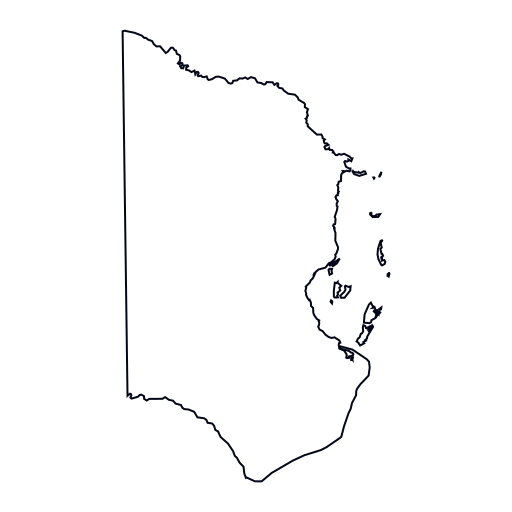 Patagones, Buenos Aires, Argentina (orthographic projection)
{"feature_id": "61730980B24175536898784", "entity_name": "Patagones", "entity_type": "district", "adm_level": 2, "iso_a3": "ARG", "parent_name": "Argentina", "parent_adm1": "Buenos Aires", "projection": "orthographic", "projection_center": [-62.373, -40.182], "detail": "fine", "context": "isolated", "style": "outline", "palette": "ink", "viewbox_px": 512, "rotation_deg": 0, "n_neighbors": 0, "source": "geoboundaries", "source_scale": "gbopen_adm2", "svg_char_len": 6063}
<svg xmlns="http://www.w3.org/2000/svg" viewBox="0 0 512 512"><path d="M122.6,31.3L127.5,395.8L130.0,393.7L130.8,393.9L131.4,395.4L130.4,397.5L131.6,398.6L138.0,396.7L139.7,395.0L141.4,394.7L144.0,396.2L144.1,398.8L146.7,400.5L149.3,398.9L162.4,398.8L165.1,397.1L168.9,399.8L173.0,400.7L175.6,403.6L180.9,405.0L182.5,407.9L184.3,409.1L188.5,409.5L194.2,411.8L197.4,417.3L204.2,418.3L206.4,419.9L207.6,422.8L212.2,423.5L214.1,425.8L215.3,429.9L218.0,431.4L220.6,437.0L228.0,443.6L233.1,451.2L234.8,455.8L237.0,457.9L239.6,462.7L243.5,466.7L244.3,473.5L245.9,477.8L246.4,477.4L254.9,481.3L261.7,481.3L271.7,472.9L293.0,460.5L304.5,455.2L320.8,450.1L326.5,447.2L340.1,437.8L341.3,436.8L344.0,426.4L348.6,413.0L350.7,408.8L352.0,403.0L356.1,395.2L356.2,391.3L357.0,388.9L360.4,384.2L368.6,375.6L369.7,367.6L369.0,361.7L366.7,359.2L352.5,349.6L339.8,346.2L340.2,348.6L348.9,350.9L351.2,352.7L352.5,352.8L353.4,354.2L352.5,356.2L353.1,357.5L352.4,358.5L352.5,359.6L351.8,358.6L351.9,359.9L351.2,360.0L351.1,358.5L351.7,357.6L350.8,356.6L351.1,355.9L348.9,356.5L349.0,357.8L347.0,358.1L346.2,357.6L346.8,355.2L346.1,353.5L344.0,350.5L339.3,348.6L338.7,344.6L339.0,343.2L340.3,342.7L339.4,340.5L334.5,337.3L331.6,338.0L328.5,336.9L325.4,334.6L322.5,331.0L319.6,329.7L318.2,326.5L319.1,324.8L319.2,322.3L318.7,321.2L319.2,320.4L316.7,318.8L314.0,314.9L313.3,312.5L313.1,308.0L311.0,305.8L310.9,302.5L309.7,299.8L309.1,300.2L307.6,298.2L306.0,294.7L306.2,293.5L305.4,291.0L306.2,287.5L305.7,286.6L309.9,282.5L310.6,280.5L312.7,278.5L314.8,274.2L313.8,274.4L314.2,273.3L318.5,269.5L325.5,267.6L328.4,263.8L329.1,264.0L329.3,262.9L330.9,262.5L334.5,259.3L335.7,256.6L335.2,254.8L336.4,253.4L338.0,248.9L338.0,247.2L335.3,240.7L335.5,232.9L334.6,230.6L334.6,228.2L334.0,228.3L334.1,227.0L333.1,225.8L333.6,224.4L335.0,224.2L335.3,223.0L335.5,218.5L334.7,216.9L337.0,210.1L337.5,206.4L336.8,206.1L336.6,203.7L337.8,201.3L336.0,198.7L335.8,197.1L335.1,197.7L336.5,195.3L337.8,195.2L337.6,194.4L338.3,193.2L337.9,192.8L338.8,191.5L338.0,190.8L338.3,187.5L337.3,185.1L338.3,184.0L338.7,181.7L340.9,181.1L341.2,174.7L343.2,171.7L342.8,171.0L343.6,171.0L343.6,172.3L346.4,170.7L349.6,171.4L350.5,170.1L350.4,168.4L349.0,168.5L345.9,166.6L344.3,161.9L345.1,161.0L347.0,161.6L348.4,160.9L348.4,159.5L351.3,161.2L352.4,158.4L351.3,158.4L349.6,156.6L344.1,153.8L341.2,154.7L339.0,154.0L337.0,155.2L335.5,154.9L333.9,152.8L332.8,152.5L333.3,151.3L332.1,150.0L329.8,149.9L329.1,148.0L328.3,149.1L325.5,149.3L324.4,147.0L325.3,146.0L328.5,144.9L326.8,143.3L325.1,143.5L324.1,142.5L323.8,140.6L324.9,139.5L322.6,138.2L322.5,136.6L321.3,134.5L316.9,134.6L307.7,126.3L307.8,124.4L306.3,122.7L306.7,120.2L305.6,118.7L306.9,118.0L307.0,116.3L307.9,115.7L306.9,112.2L308.0,109.2L304.8,107.1L305.0,104.4L304.5,103.3L298.6,99.7L297.8,97.5L295.0,94.7L288.2,93.7L283.8,90.5L282.4,88.5L279.0,87.8L277.4,85.9L278.3,84.9L278.1,83.6L276.8,83.2L274.4,84.9L272.6,82.3L266.6,82.1L265.3,84.2L263.8,84.5L261.4,83.1L257.4,82.4L255.0,78.3L251.0,77.1L247.7,79.0L245.2,77.5L242.5,78.6L239.7,78.3L236.9,80.4L233.2,80.8L232.3,83.1L230.7,83.6L228.4,82.9L224.9,78.6L218.8,76.6L215.8,76.8L211.9,79.2L208.7,80.0L207.7,79.2L206.7,76.4L204.0,77.1L202.4,77.0L201.1,75.6L198.2,76.2L197.6,75.2L198.7,73.1L197.9,71.9L196.7,72.0L195.3,74.3L194.5,70.6L191.4,72.1L189.2,70.5L186.1,69.7L186.2,67.8L188.1,66.2L187.6,65.3L184.0,65.6L183.2,68.3L181.3,68.2L180.2,66.4L182.6,64.9L182.3,63.2L181.0,62.8L179.4,64.4L177.9,63.4L180.1,60.4L180.2,56.3L179.5,55.1L176.8,53.8L176.0,50.6L174.6,50.1L172.8,47.7L170.9,47.8L167.6,51.9L165.8,53.0L160.1,46.3L156.4,46.4L153.8,44.1L152.0,41.0L148.2,39.7L145.8,37.8L144.3,38.0L142.0,35.7L134.6,32.8L124.5,30.7L122.6,31.3ZM373.3,307.4L370.9,302.6L368.9,304.6L364.6,314.4L363.9,322.6L369.4,323.2L371.0,322.3L371.5,320.2L375.0,318.3L376.1,315.7L376.3,313.2L377.3,310.8L376.4,310.2L375.1,311.1L376.0,312.5L375.8,313.5L374.1,311.4L373.2,311.9L375.3,309.4L374.6,307.0L373.6,306.4L373.5,307.8L372.7,307.9L373.3,307.4ZM368.8,328.9L366.0,328.1L365.2,325.9L363.4,325.2L362.8,327.3L363.2,331.2L362.2,333.1L360.8,333.9L359.6,337.4L358.0,338.6L356.6,341.4L358.3,342.6L360.1,345.5L364.2,343.3L363.3,342.1L365.9,340.7L365.2,340.0L367.0,338.5L367.2,336.6L372.3,328.1L371.3,328.2L368.7,330.9L368.2,330.2L368.8,328.9ZM381.5,253.8L380.4,248.9L381.7,247.6L380.7,242.8L382.2,240.7L381.9,240.3L380.6,240.9L379.0,245.5L378.0,248.8L377.5,254.3L378.4,259.1L381.4,265.1L382.1,265.4L384.7,263.9L385.3,261.8L384.3,260.0L382.0,260.6L382.1,258.3L381.4,258.5L381.2,257.2L383.1,255.8L382.2,253.8L381.5,253.8ZM337.7,282.9L337.7,281.9L336.5,283.1L334.8,282.7L333.8,291.1L333.9,296.2L334.5,297.5L337.9,297.4L337.1,295.8L338.1,294.4L337.5,292.7L340.2,290.4L339.3,287.7L341.3,285.9L337.7,282.9ZM348.9,287.0L345.5,285.7L344.9,286.4L345.5,289.7L344.4,291.7L340.2,295.8L341.1,297.8L344.6,297.7L350.2,290.5L350.6,286.3L348.9,287.0ZM353.6,171.8L352.9,170.9L352.5,171.5L354.1,174.1L359.3,175.9L366.0,173.8L365.1,171.5L364.0,171.2L360.2,173.1L358.7,172.1L358.5,172.7L353.6,171.8ZM372.0,212.6L370.1,213.2L370.1,214.5L372.8,217.1L378.3,216.9L380.1,214.1L376.7,214.6L374.0,216.5L371.0,214.9L371.0,213.6L372.0,212.6ZM329.6,274.8L332.1,273.5L331.5,270.8L332.0,269.0L329.6,268.7L328.5,269.9L329.6,274.8ZM332.8,266.2L336.9,263.4L339.7,258.6L335.0,262.0L334.5,263.3L332.3,265.4L332.8,266.2ZM373.0,326.5L372.1,325.2L370.7,326.6L370.1,326.2L368.3,327.2L371.9,327.8L373.0,326.5ZM378.4,314.6L380.2,312.5L379.4,311.7L378.5,311.9L378.5,313.3L377.7,312.0L377.1,312.7L378.4,314.6ZM388.7,276.6L389.4,273.9L388.9,272.3L388.7,273.7L387.6,274.2L387.5,275.9L388.7,276.6ZM329.1,265.9L331.1,265.0L332.8,261.6L329.6,264.0L329.9,265.1L329.1,265.9ZM331.1,300.4L330.6,301.7L332.0,303.4L332.3,301.4L331.1,300.4ZM379.9,309.9L381.0,309.3L381.3,307.5L378.7,309.4L379.9,309.9ZM332.1,265.1L334.2,263.2L334.8,261.9L332.8,263.1L332.1,265.1ZM376.9,315.9L377.6,314.6L376.8,313.1L376.5,313.4L376.9,315.9ZM379.2,177.2L381.0,174.3L381.4,171.8L379.3,176.1L379.2,177.2ZM374.5,177.8L374.1,177.4L373.4,177.5L374.0,178.6L374.5,177.8Z" fill="none" stroke="#020617" stroke-width="2"/></svg>